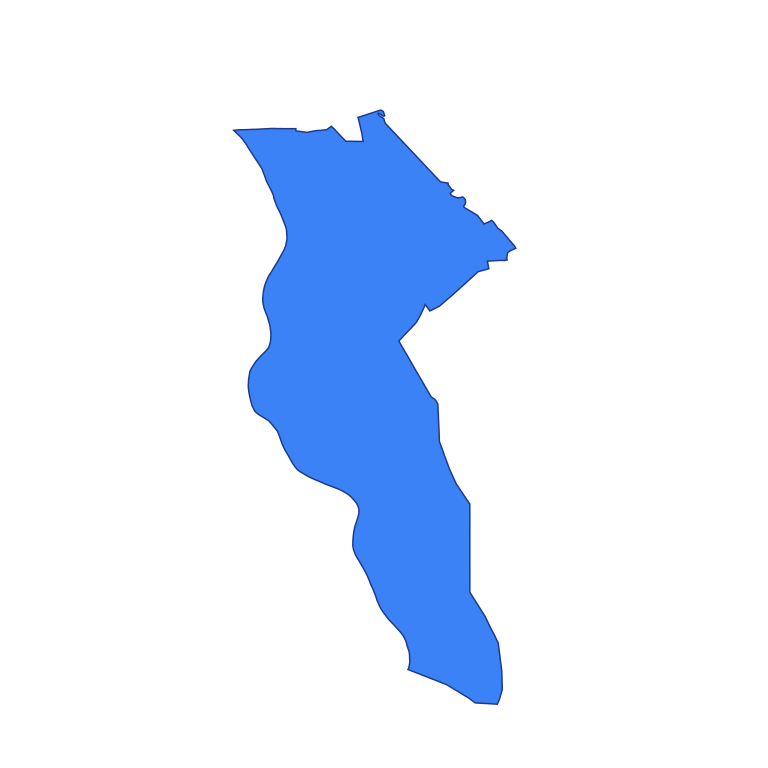 Bergen (L), Limburg, Netherlands (Natural Earth projection), rotated 29°
{"feature_id": "6326949B45872879397854", "entity_name": "Bergen (L)", "entity_type": "district", "adm_level": 2, "iso_a3": "NLD", "parent_name": "Netherlands", "parent_adm1": "Limburg", "projection": "natural_earth1", "projection_center": [6.089, 51.59], "detail": "fine", "context": "isolated", "style": "filled", "palette": "blue", "viewbox_px": 768, "rotation_deg": 29, "n_neighbors": 0, "source": "geoboundaries", "source_scale": "gbopen_adm2", "svg_char_len": 6074}
<svg xmlns="http://www.w3.org/2000/svg" viewBox="0 0 768 768"><g transform="rotate(29 384 384)"><path d="M543.4,622.1L584.6,616.6L590.3,616.8L595.2,617.0L605.1,617.4L607.4,617.5L607.5,617.5L610.7,617.6L611.1,617.7L614.5,618.2L617.2,618.6L618.4,618.7L629.1,613.5L638.4,609.1L637.8,603.6L635.5,593.7L626.2,578.0L616.4,564.6L609.5,555.2L607.4,553.7L602.5,550.2L597.9,547.2L594.5,544.9L594.3,544.8L585.3,538.4L576.4,533.5L572.8,531.5L570.7,530.4L560.0,524.5L548.6,503.9L542.0,492.1L541.9,491.8L541.8,491.7L534.2,478.0L534.1,477.9L532.7,475.3L526.6,464.2L520.3,452.9L517.2,447.4L509.4,443.4L495.6,436.3L488.4,431.0L482.3,426.5L474.7,419.9L470.2,416.1L468.1,414.1L465.2,411.6L460.3,407.4L455.9,400.0L450.6,391.4L440.8,375.4L437.3,373.4L436.1,372.8L435.6,372.7L432.2,372.5L431.4,372.3L410.1,359.6L402.5,355.1L400.3,353.7L391.2,348.2L389.1,346.9L386.4,345.4L378.7,340.8L376.2,339.3L376.2,339.1L376.2,338.9L376.9,336.3L377.4,334.4L377.6,333.3L377.9,332.0L380.2,323.4L380.8,321.5L381.0,320.7L381.0,319.9L381.5,318.5L381.7,317.8L382.1,315.7L382.5,313.6L382.4,310.7L382.4,309.5L382.6,307.1L382.0,299.2L381.6,294.5L382.9,295.1L388.7,297.9L394.7,289.2L397.9,280.6L398.1,280.1L398.1,279.9L400.6,273.4L405.3,259.5L405.5,259.2L407.7,252.5L409.6,247.0L409.9,246.1L411.9,240.1L419.8,232.4L419.4,231.9L417.4,229.5L414.9,226.5L418.0,224.4L420.3,223.0L425.0,220.0L429.8,217.4L429.6,217.2L431.6,215.9L430.9,215.0L430.3,214.3L430.2,214.0L428.8,210.3L428.6,209.3L428.5,209.0L428.6,208.7L428.9,208.2L429.6,206.7L429.9,206.1L431.3,204.3L433.5,201.4L430.9,199.9L412.7,193.1L411.4,192.9L408.6,192.6L408.0,192.6L407.6,192.5L407.3,192.3L404.0,190.6L400.8,189.0L400.1,189.0L399.0,188.7L398.9,188.7L396.6,192.1L394.3,195.0L393.9,195.5L390.9,194.2L389.3,193.5L384.0,191.2L372.3,190.8L371.0,190.8L369.6,190.8L369.0,190.8L368.6,190.8L368.6,190.7L367.4,189.6L367.8,188.2L367.7,187.0L367.5,186.5L367.3,186.1L367.2,185.3L365.7,183.4L363.2,182.3L362.2,182.3L361.7,182.5L360.8,183.6L359.5,184.5L359.2,184.6L358.6,185.0L358.6,185.3L358.4,185.6L357.8,185.5L357.3,185.7L356.5,185.8L354.9,186.0L354.6,186.1L353.5,186.2L352.0,186.3L350.7,186.0L350.2,185.5L349.5,185.0L351.0,180.8L350.6,180.8L350.2,180.8L349.2,181.0L348.8,181.0L348.3,180.9L347.2,180.2L346.6,179.8L344.3,179.1L343.9,178.9L343.6,178.6L342.5,177.1L341.6,177.6L340.5,178.1L335.3,179.8L333.9,179.3L331.4,178.6L328.1,177.5L323.4,176.0L294.9,166.9L291.2,165.7L286.1,164.1L279.9,162.1L258.6,155.3L255.0,151.9L249.4,151.7L247.6,150.3L248.2,149.8L253.5,150.0L253.8,149.8L253.9,149.7L254.4,149.5L254.4,148.7L253.9,148.4L251.3,146.0L248.5,145.9L246.0,148.4L241.7,153.1L240.7,154.1L234.1,161.3L233.3,162.0L232.0,163.4L234.3,165.8L241.8,174.1L243.3,175.7L243.4,175.9L243.8,176.4L245.4,178.5L248.1,182.0L232.9,190.2L221.3,186.6L216.6,185.0L213.5,184.3L212.9,184.2L210.5,189.5L207.7,191.4L206.0,192.6L205.2,193.2L203.9,193.9L202.0,195.2L197.6,198.7L196.3,199.9L194.8,201.1L194.6,201.3L192.8,202.0L184.2,205.3L183.1,203.4L179.6,205.4L178.8,205.8L174.7,208.1L166.2,212.7L165.7,212.9L161.5,215.2L153.2,220.4L147.8,223.8L145.1,225.3L140.3,228.3L134.8,231.5L134.1,232.0L133.9,232.0L131.0,234.0L129.6,235.0L135.5,236.6L138.2,237.3L139.0,237.6L140.9,238.2L141.5,238.4L145.2,240.2L146.9,241.0L147.8,241.4L148.7,241.9L149.3,242.3L150.2,242.9L161.4,248.9L171.3,254.0L172.0,254.4L173.0,255.1L174.1,256.0L178.3,259.5L183.2,263.8L188.0,267.0L189.5,268.0L190.3,268.5L191.5,269.4L193.8,271.0L195.4,272.3L195.9,272.8L196.3,273.3L197.7,275.0L200.8,277.7L203.2,279.8L204.6,280.9L209.1,283.9L210.5,284.9L212.5,286.4L213.4,287.2L218.4,291.3L220.6,293.1L222.4,294.7L222.9,295.3L224.2,296.8L227.1,301.3L228.4,303.3L228.5,303.5L228.6,303.8L229.5,306.0L230.1,308.0L231.1,311.0L231.2,312.0L231.5,314.7L231.6,315.8L231.6,318.4L231.6,320.7L231.6,326.2L231.6,329.1L231.4,331.7L231.3,335.1L231.2,336.8L231.2,339.6L231.1,341.6L230.9,343.7L230.8,344.7L230.9,346.5L231.0,348.8L231.5,353.3L232.3,357.0L233.4,360.7L234.8,364.2L236.3,367.6L238.3,371.1L239.3,372.3L241.7,375.1L243.9,377.2L248.7,381.1L250.2,382.5L251.5,383.8L253.2,385.5L254.2,386.5L255.6,388.0L256.2,388.7L256.9,389.5L258.1,391.2L259.6,393.2L260.1,394.0L260.7,394.8L261.4,396.0L261.8,396.9L262.5,398.2L262.9,399.1L263.5,400.6L264.3,402.6L264.7,404.2L265.1,406.0L265.3,408.0L264.9,411.2L264.3,413.7L263.0,418.1L261.9,422.4L261.4,424.7L261.0,426.6L260.7,430.7L260.6,433.6L260.5,434.5L260.5,436.0L260.5,436.8L260.6,437.4L260.7,438.1L261.2,439.6L262.0,441.9L263.0,444.8L264.2,447.4L265.2,449.4L266.0,451.1L266.1,451.3L267.3,453.2L268.9,455.4L270.2,457.1L271.9,459.2L273.9,461.5L276.2,463.9L279.2,467.0L282.0,468.9L283.3,469.8L283.7,470.0L284.3,470.4L284.7,470.5L285.8,470.9L287.1,471.1L288.0,471.3L289.2,471.4L289.9,471.5L294.9,471.7L301.2,472.1L301.4,472.2L306.3,473.9L309.2,475.1L313.3,476.8L314.0,477.2L317.5,480.0L323.5,485.4L326.1,487.4L328.2,488.9L329.9,490.0L336.0,493.6L336.2,493.8L339.1,495.6L342.3,497.6L342.7,497.8L344.6,498.7L346.2,499.5L349.0,500.6L350.1,500.9L350.8,501.1L351.7,501.2L352.4,501.3L353.2,501.4L362.4,501.6L363.2,501.6L363.7,501.6L369.0,501.2L370.9,501.0L372.2,500.8L376.9,500.3L382.1,499.8L387.1,499.1L389.1,498.8L392.0,498.4L392.8,498.3L394.9,498.0L397.2,497.8L400.6,497.7L406.5,498.0L409.8,498.7L412.6,499.6L414.6,500.3L416.1,500.9L418.5,502.0L419.6,502.8L420.3,503.3L421.2,504.1L422.4,505.3L423.4,506.7L424.4,508.6L424.5,508.8L424.9,510.0L425.1,510.5L425.9,513.9L426.1,514.8L426.4,515.9L426.7,517.6L427.5,522.1L427.6,522.6L427.8,523.4L429.1,527.6L430.2,530.3L431.1,532.5L432.9,536.4L433.5,537.5L435.1,540.5L437.0,542.9L437.1,543.0L439.3,545.1L439.5,545.3L440.9,546.4L441.5,546.9L442.4,547.6L445.0,549.1L447.3,550.4L458.4,557.1L461.8,559.4L466.6,563.2L470.2,566.2L472.9,568.1L477.6,571.8L480.6,574.5L482.9,576.7L486.5,579.4L487.8,580.4L489.0,581.2L490.8,582.4L492.7,583.3L495.4,584.7L497.1,585.4L500.6,587.0L503.5,588.1L506.7,589.0L512.5,590.9L518.9,593.1L520.2,593.7L523.2,595.1L524.3,595.8L525.4,596.5L527.3,597.9L528.1,598.6L529.4,599.8L529.7,600.1L530.7,601.3L530.9,601.5L535.8,606.0L537.9,608.9L541.6,615.1L543.1,619.7L543.4,621.3L543.4,622.1Z" fill="#3b82f6" stroke="#1e3a8a" stroke-width="1.5"/></g></svg>